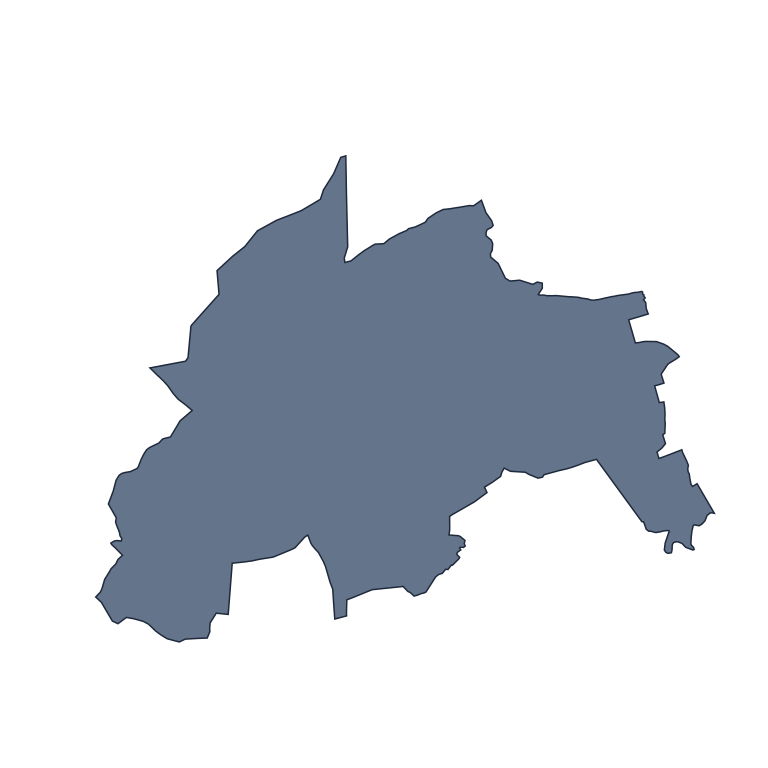 Ezza South, Ebonyi, Nigeria (Mercator projection), rotated 173°
{"feature_id": "59680162B18578493945657", "entity_name": "Ezza South", "entity_type": "district", "adm_level": 2, "iso_a3": "NGA", "parent_name": "Nigeria", "parent_adm1": "Ebonyi", "projection": "mercator", "projection_center": [7.982, 6.114], "detail": "fine", "context": "isolated", "style": "filled", "palette": "slate", "viewbox_px": 768, "rotation_deg": 173, "n_neighbors": 0, "source": "geoboundaries", "source_scale": "gbopen_adm2", "svg_char_len": 4395}
<svg xmlns="http://www.w3.org/2000/svg" viewBox="0 0 768 768"><g transform="rotate(173 384 384)"><path d="M461.5,156.7L449.4,158.4L449.2,161.0L448.3,167.0L447.2,174.3L441.1,175.8L425.3,180.1L420.7,181.3L390.6,180.7L389.9,180.9L388.9,179.6L385.5,175.1L383.3,173.8L380.0,169.8L379.8,169.9L376.2,170.4L374.7,170.9L372.8,171.4L370.9,171.6L369.8,171.7L367.7,172.4L356.2,186.3L352.8,188.3L349.1,189.0L347.7,190.4L345.4,192.6L343.1,192.1L339.1,196.2L338.1,195.8L331.3,201.1L330.0,202.7L332.5,206.0L332.1,207.0L331.8,207.9L328.0,210.0L329.0,212.1L327.8,212.7L325.0,212.1L323.1,213.3L323.8,215.7L322.7,218.9L326.8,223.2L328.4,224.3L337.8,226.2L336.5,231.7L335.0,244.6L331.8,246.2L308.6,256.0L295.0,263.7L296.8,269.4L288.9,273.0L279.5,278.1L277.7,282.2L275.0,285.8L269.0,281.9L254.5,279.2L251.0,276.5L242.6,271.8L238.1,272.2L236.1,274.5L220.9,276.7L213.2,277.5L207.7,278.4L200.8,279.9L194.1,281.6L182.3,283.3L167.6,256.9L144.8,215.9L143.2,215.6L142.3,212.0L141.4,207.8L139.3,205.7L137.0,205.3L134.4,204.2L132.2,203.4L130.1,203.5L127.1,203.7L124.5,204.1L120.0,204.0L118.8,203.3L124.3,191.9L126.0,185.0L124.7,182.5L122.7,181.3L119.3,181.5L118.3,184.3L117.9,186.8L117.3,189.7L115.8,191.4L113.0,191.8L111.2,191.4L107.6,189.4L104.4,185.1L97.7,181.6L96.3,181.9L96.7,184.2L98.4,186.3L98.9,188.0L97.6,195.2L96.2,200.9L94.2,206.0L92.8,206.3L89.6,205.2L88.4,204.9L85.2,206.4L82.1,209.1L79.3,214.2L76.0,216.2L74.3,216.2L71.9,215.4L85.4,246.9L90.2,244.7L91.5,247.0L91.9,252.8L92.0,257.7L92.8,259.7L92.9,262.6L91.8,266.3L93.1,271.2L96.0,279.7L96.4,282.4L116.8,277.3L120.2,276.6L121.3,283.2L115.9,286.6L111.9,290.5L113.5,299.7L111.3,300.8L109.7,310.4L109.6,314.6L108.7,320.1L108.3,326.5L108.4,332.1L113.0,332.0L115.6,349.2L111.1,349.8L106.0,350.8L107.7,360.0L100.0,368.9L98.4,369.9L96.1,370.9L91.3,373.1L87.6,375.1L88.7,377.1L90.6,379.3L92.2,380.9L97.5,386.5L101.2,389.3L108.4,392.9L119.3,394.4L121.9,394.4L125.4,394.1L129.5,394.1L131.7,407.9L132.7,414.1L133.3,417.9L131.4,418.2L113.2,421.3L114.5,426.9L114.3,432.9L116.2,436.0L114.6,437.2L114.3,437.8L115.3,439.4L115.2,440.9L115.9,441.2L116.3,442.2L116.1,443.6L116.9,444.5L120.4,444.1L123.9,444.3L126.9,444.1L130.2,443.5L135.9,443.4L140.6,443.4L145.1,443.0L147.4,443.0L151.4,442.6L154.8,442.3L160.4,441.7L163.9,441.7L165.2,441.5L168.8,442.3L171.1,443.5L176.9,445.0L180.7,446.4L186.2,447.5L190.4,448.2L194.1,449.0L202.4,450.8L206.2,451.1L211.6,451.8L213.6,452.5L215.2,452.9L218.0,453.1L220.0,454.0L215.2,459.7L214.6,464.8L219.4,466.5L224.2,464.8L236.7,470.5L246.3,470.8L250.6,474.1L256.0,489.8L262.7,497.1L262.4,500.6L260.3,503.4L259.0,510.0L260.0,513.8L264.5,518.5L264.4,521.1L263.1,524.5L258.2,526.3L256.3,528.2L257.3,533.0L261.9,541.6L264.9,554.5L273.5,549.9L277.3,550.7L285.8,550.3L298.0,549.9L304.0,550.0L311.1,547.6L320.1,543.1L323.3,539.5L333.7,536.1L340.7,535.2L342.8,533.6L350.5,531.4L360.9,527.3L367.1,523.3L375.8,523.9L377.5,523.3L387.9,518.5L393.7,515.2L401.8,510.2L408.0,509.4L408.1,513.8L403.3,524.6L401.9,538.8L397.8,580.1L394.1,615.1L399.3,614.2L408.4,598.8L420.4,584.1L424.6,575.1L435.5,570.3L445.1,566.1L457.9,562.8L470.7,559.6L490.9,551.5L505.4,537.4L516.4,530.6L518.3,529.5L535.9,516.9L536.8,493.7L536.9,493.0L567.8,465.9L568.6,464.8L575.3,434.1L578.2,430.8L614.4,428.5L607.6,420.0L602.6,414.0L598.9,408.7L594.3,400.1L590.1,393.9L584.2,388.2L577.6,381.1L590.9,372.3L594.2,368.0L602.5,357.4L607.5,356.9L610.6,356.3L614.7,352.8L617.8,351.8L622.4,350.2L624.7,349.4L627.8,347.5L631.3,343.2L634.3,338.6L637.8,332.1L639.0,330.5L640.7,329.8L646.3,328.0L652.1,327.7L655.1,327.2L658.0,325.7L661.6,321.2L665.9,310.5L672.2,298.5L666.0,283.7L667.2,280.1L666.9,277.6L664.7,269.1L664.5,265.4L663.1,262.6L663.9,260.2L668.2,261.2L671.0,261.0L674.5,259.4L673.7,257.6L670.9,254.3L664.4,245.9L669.5,242.2L672.1,238.1L677.4,233.9L679.3,231.3L685.0,224.2L689.0,215.0L691.0,211.9L696.1,207.7L691.1,201.7L682.5,181.8L677.3,178.5L668.1,183.7L662.1,181.8L661.9,181.9L651.8,177.7L647.0,174.3L640.7,166.6L635.5,161.7L630.1,157.5L618.6,152.9L616.0,153.8L612.3,155.0L600.0,154.2L590.4,153.4L587.0,159.5L586.9,161.9L585.8,167.9L578.4,177.0L572.5,175.6L566.7,174.3L556.5,224.6L544.5,224.4L536.6,224.5L529.2,225.2L515.1,225.7L496.6,230.8L492.4,232.2L481.2,241.8L478.0,243.3L476.8,238.3L476.0,235.0L475.2,233.1L473.8,230.7L471.9,227.9L469.6,224.7L465.9,215.4L464.3,210.0L461.7,193.8L459.9,186.7L460.8,171.0L461.5,156.7Z" fill="#64748b" stroke="#1e293b" stroke-width="1.5"/></g></svg>